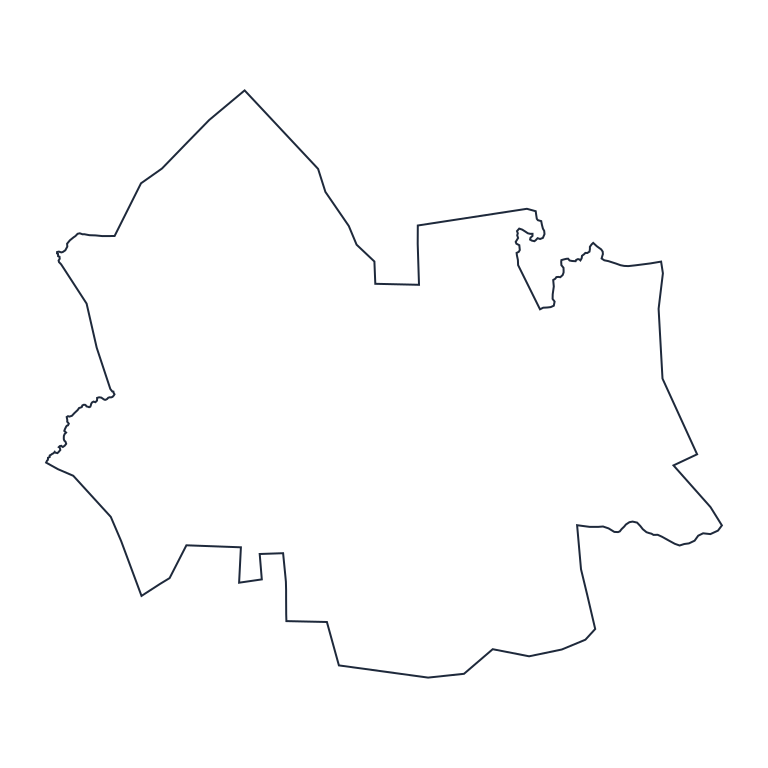 Birnin Kebbi, Kebbi, Nigeria
{"feature_id": "59680162B77130024076735", "entity_name": "Birnin Kebbi", "entity_type": "district", "adm_level": 2, "iso_a3": "NGA", "parent_name": "Nigeria", "parent_adm1": "Kebbi", "projection": "natural_earth1", "projection_center": [4.241, 12.49], "detail": "fine", "context": "isolated", "style": "outline", "palette": "slate", "viewbox_px": 768, "rotation_deg": 0, "n_neighbors": 0, "source": "geoboundaries", "source_scale": "gbopen_adm2", "svg_char_len": 3591}
<svg xmlns="http://www.w3.org/2000/svg" viewBox="0 0 768 768"><path d="M703.1,533.3L710.4,534.1L718.0,530.6L721.9,525.4L710.5,507.1L673.5,465.4L697.1,454.3L662.5,378.6L658.6,308.8L659.9,298.0L662.9,273.3L661.1,261.6L650.5,263.4L635.6,265.3L628.3,266.1L624.1,265.9L620.5,265.2L616.1,263.6L608.3,261.1L604.3,260.3L601.6,258.5L602.5,255.3L602.9,254.2L602.7,251.6L601.2,249.4L596.9,246.3L593.2,242.9L591.6,244.4L589.9,246.8L589.9,249.1L589.5,251.6L587.3,253.0L585.4,252.9L584.0,254.3L582.0,255.8L581.7,258.1L581.1,259.3L580.4,260.4L579.5,259.5L578.0,259.1L576.2,259.9L575.6,261.2L572.1,261.0L569.6,260.5L568.1,258.7L566.4,258.8L563.5,259.5L561.4,260.1L561.2,261.8L561.4,265.2L563.5,267.8L563.6,270.4L563.6,272.4L562.7,275.0L560.3,277.2L558.4,276.9L556.4,277.1L555.3,278.7L553.2,280.0L553.8,286.5L552.7,294.3L552.6,298.9L554.6,301.6L553.8,305.7L550.7,307.1L547.2,307.5L543.2,307.7L540.0,309.3L518.1,265.1L517.9,260.0L516.9,255.3L516.6,252.9L518.8,251.8L519.8,250.0L519.3,245.2L516.4,243.7L515.7,241.9L518.1,238.0L517.2,235.3L517.8,233.3L517.0,231.1L519.2,228.6L522.2,229.6L525.2,231.5L527.9,233.3L530.1,233.8L532.5,233.8L532.5,235.9L530.5,237.7L530.1,239.6L531.8,240.6L534.4,241.2L535.8,240.1L537.6,238.2L540.1,239.0L542.9,237.9L544.5,234.1L544.2,230.9L542.9,228.6L541.9,224.7L541.2,221.1L537.9,220.2L536.8,218.8L536.1,214.2L535.7,211.2L526.9,208.8L417.8,225.5L417.7,243.8L419.0,284.8L375.3,283.8L374.4,261.5L356.6,244.7L348.8,226.0L325.4,191.9L318.1,168.9L244.6,90.4L209.3,119.9L188.0,141.7L162.0,168.5L141.0,183.3L114.6,236.0L102.5,236.1L95.6,235.4L89.5,235.2L84.2,234.2L82.6,234.3L79.8,233.3L77.6,233.8L75.4,236.1L73.6,237.3L69.9,240.3L67.1,243.7L67.3,246.6L65.3,250.3L62.8,252.0L61.3,252.4L58.9,251.6L57.1,252.0L57.0,253.4L58.0,253.9L58.1,256.2L59.5,256.7L59.7,258.8L58.6,260.5L59.0,262.1L61.1,264.3L63.0,267.2L86.6,303.6L96.7,347.7L110.3,388.9L110.7,389.5L110.9,389.7L112.3,391.5L113.4,391.6L113.6,392.8L114.5,394.3L113.7,395.6L112.5,396.9L111.0,397.4L109.5,397.3L108.2,397.8L107.1,399.0L105.6,399.8L104.4,399.7L103.0,398.8L101.3,397.6L99.1,397.3L97.1,397.9L97.1,399.3L97.0,400.6L95.4,402.2L93.5,401.6L92.0,402.5L91.2,403.8L90.8,405.4L90.3,406.7L89.1,407.2L87.8,406.7L86.5,406.4L85.8,405.3L85.0,404.8L83.6,404.8L82.3,405.5L81.9,406.9L80.8,407.5L79.1,408.0L77.7,410.0L74.4,413.1L71.9,415.8L69.4,416.6L68.0,416.2L66.7,417.0L67.0,418.6L67.3,420.0L67.2,421.7L68.1,422.7L68.8,423.7L68.0,425.3L66.7,425.8L66.0,426.9L64.9,429.2L64.3,430.9L65.2,431.7L66.1,432.6L64.7,433.9L63.9,435.8L63.8,437.3L63.8,439.1L64.3,440.6L65.5,441.7L66.2,443.8L64.7,445.7L62.8,447.0L62.1,446.6L61.3,445.8L59.8,446.1L58.8,447.1L59.7,447.7L60.0,448.5L60.3,450.0L58.5,452.1L57.4,453.1L56.6,452.9L55.1,452.6L54.7,451.9L54.2,452.5L53.1,453.5L52.1,453.9L51.2,454.7L50.6,454.9L49.7,455.5L49.7,457.0L48.0,457.8L47.9,459.8L47.0,460.7L46.1,462.6L58.0,469.2L73.3,475.8L110.8,516.9L121.2,541.2L141.5,595.9L159.9,584.0L169.6,578.1L186.4,545.3L240.9,547.3L239.1,582.7L261.8,579.4L259.7,554.0L283.1,553.2L285.4,576.4L285.9,581.8L286.1,589.9L286.1,597.4L286.2,614.3L286.4,621.1L326.9,622.0L338.9,665.4L428.1,677.6L464.0,673.8L492.7,649.2L529.1,656.3L561.8,649.5L585.4,639.7L595.2,629.0L587.2,594.8L581.0,569.2L577.1,525.2L583.0,526.0L589.9,526.9L597.9,526.9L603.0,526.5L608.6,528.4L614.3,531.9L618.0,532.1L619.8,531.4L621.6,529.1L624.2,526.6L625.9,524.5L629.4,522.2L632.6,521.6L637.1,522.6L640.4,526.1L642.8,529.2L646.5,532.2L649.2,533.1L651.5,533.7L653.5,534.9L657.7,534.8L661.9,536.7L669.1,540.7L674.8,543.8L679.6,545.5L684.3,544.0L688.9,543.4L694.6,540.7L698.2,535.7L703.1,533.3Z" fill="none" stroke="#1e293b" stroke-width="2"/></svg>